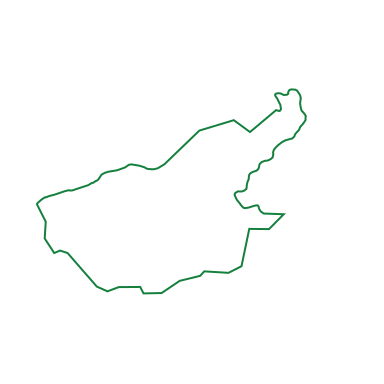 the district of Talas, Talas, Kyrgyzstan, rotated 321°
{"feature_id": "92254566B96256320662490", "entity_name": "Talas", "entity_type": "district", "adm_level": 2, "iso_a3": "KGZ", "parent_name": "Kyrgyzstan", "parent_adm1": "Talas", "projection": "natural_earth1", "projection_center": [73.078, 42.39], "detail": "fine", "context": "isolated", "style": "outline", "palette": "green", "viewbox_px": 384, "rotation_deg": 321, "n_neighbors": 0, "source": "geoboundaries", "source_scale": "gbopen_adm2", "svg_char_len": 1969}
<svg xmlns="http://www.w3.org/2000/svg" viewBox="0 0 384 384"><g transform="rotate(321 192 192)"><path d="M236.3,223.8L239.5,220.6L241.8,218.9L244.1,217.8L244.9,216.8L247.3,214.6L249.3,214.2L251.4,214.5L255.5,216.0L258.0,215.9L259.3,215.1L261.0,213.7L262.3,212.8L265.1,212.6L268.4,213.7L270.3,215.0L272.0,215.6L274.5,216.0L276.5,215.8L278.8,214.0L279.9,212.3L282.0,210.8L285.1,210.1L288.5,209.8L293.6,209.9L297.1,210.6L303.7,213.5L306.3,213.3L308.6,212.0L311.2,211.5L314.0,211.2L316.9,209.6L321.9,208.7L323.8,208.1L325.6,207.5L327.1,205.6L328.3,204.5L328.6,201.5L328.4,197.6L329.5,195.0L331.9,191.0L335.7,187.4L337.0,184.5L337.5,179.4L336.7,177.5L333.8,174.8L332.1,174.1L330.9,174.3L329.3,175.2L328.6,176.2L327.1,176.2L325.6,175.2L324.4,174.4L322.7,170.9L321.3,169.6L319.4,168.5L318.1,168.5L317.5,169.1L317.2,170.3L317.1,172.1L316.9,173.8L316.2,176.5L315.5,179.9L314.4,181.7L313.4,183.5L312.4,184.0L311.2,184.2L310.3,183.4L308.9,181.3L274.8,181.9L269.7,162.5L236.4,148.9L188.0,153.1L180.3,152.0L177.2,150.6L175.6,149.5L172.3,146.4L171.1,144.6L170.8,143.2L167.7,138.5L162.3,132.4L159.9,131.1L155.5,130.8L147.7,128.1L139.9,123.7L136.2,122.2L132.6,121.6L127.2,123.3L125.3,123.3L123.5,122.8L121.1,122.7L120.1,122.0L115.7,121.4L108.1,118.5L99.9,115.4L97.8,113.8L97.3,113.0L93.1,111.1L83.6,107.6L78.1,105.1L74.9,104.2L74.5,103.6L70.6,103.2L65.0,103.4L63.8,103.9L59.6,123.1L48.3,135.4L46.5,152.7L52.6,154.5L56.9,161.1L58.5,205.6L63.8,216.0L75.2,219.8L92.0,233.2L90.5,240.3L104.8,251.4L126.5,253.3L145.6,262.3L151.6,261.4L169.5,277.8L183.8,280.8L213.3,256.7L228.5,269.3L249.3,267.0L239.5,258.5L235.5,255.0L234.2,253.9L233.2,250.4L233.5,247.6L234.0,246.3L234.6,245.3L234.7,244.0L233.8,243.0L231.5,241.8L227.4,240.2L226.8,240.0L224.5,238.8L223.1,237.9L222.1,236.7L221.8,234.3L221.8,233.0L222.0,230.3L221.9,227.1L222.3,224.5L223.3,221.0L224.6,220.1L225.8,220.1L228.0,220.4L229.2,221.4L231.1,223.0L233.5,223.8L236.3,223.8Z" fill="none" stroke="#15803d" stroke-width="2"/></g></svg>